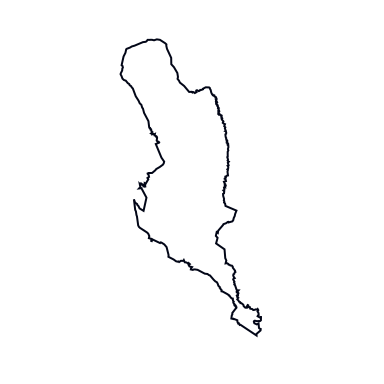 the district of Arbore, Suceava, Romania, rotated 64°
{"feature_id": "2599482B94816756597949", "entity_name": "Arbore", "entity_type": "district", "adm_level": 2, "iso_a3": "ROU", "parent_name": "Romania", "parent_adm1": "Suceava", "projection": "robinson", "projection_center": [25.905, 47.743], "detail": "fine", "context": "isolated", "style": "outline", "palette": "ink", "viewbox_px": 384, "rotation_deg": 64, "n_neighbors": 0, "source": "geoboundaries", "source_scale": "gbopen_adm2", "svg_char_len": 6089}
<svg xmlns="http://www.w3.org/2000/svg" viewBox="0 0 384 384"><g transform="rotate(64 192 192)"><path d="M230.4,239.0L238.4,240.7L239.9,241.6L244.6,238.1L247.3,236.7L248.3,235.5L248.5,234.6L249.3,234.3L249.0,232.1L250.1,230.0L249.6,229.2L252.0,229.3L252.9,227.9L255.0,226.5L254.6,226.1L255.8,225.6L256.0,227.0L257.8,226.9L259.5,224.9L260.2,226.3L261.1,227.0L262.4,225.4L262.4,224.4L262.8,223.4L264.4,221.1L271.0,216.3L272.5,214.0L274.0,213.3L274.9,212.4L280.3,211.0L282.6,210.2L284.0,209.2L285.6,209.1L287.9,209.4L289.6,208.7L290.3,209.1L291.1,208.7L292.0,208.9L293.2,208.4L294.2,209.0L294.9,208.1L299.7,204.7L301.4,204.1L301.4,203.8L304.1,203.4L304.8,202.8L306.1,202.5L306.1,202.2L307.6,202.8L308.8,202.6L308.9,203.0L309.6,203.4L311.1,203.1L311.7,203.4L311.9,203.0L312.7,203.3L312.9,202.8L313.4,203.0L313.8,202.6L314.3,203.0L315.0,202.6L315.2,203.0L315.7,203.1L316.1,204.2L318.4,208.8L319.7,209.4L320.3,210.3L323.0,212.1L324.4,210.4L324.2,210.2L327.1,207.5L328.7,208.1L330.5,208.1L330.5,207.5L332.4,207.4L332.5,206.7L349.3,196.9L347.8,196.2L346.5,191.1L345.7,190.6L345.3,190.3L344.4,191.1L343.6,191.4L339.3,189.8L339.4,191.8L337.3,193.5L335.7,193.3L335.3,193.0L335.2,192.0L336.4,190.5L337.6,187.9L337.8,187.2L337.5,186.3L334.6,184.8L334.4,185.1L334.6,186.0L332.4,187.5L332.0,187.0L332.2,186.4L332.0,186.1L330.0,185.3L328.0,185.5L327.6,185.1L327.5,184.4L327.1,184.2L326.0,184.3L326.2,184.7L325.4,186.3L325.4,187.2L324.9,188.7L323.7,189.1L322.4,190.8L320.8,190.5L320.0,191.7L318.5,191.1L318.0,191.5L319.3,193.4L319.7,193.0L320.1,193.1L319.7,194.3L319.0,195.0L317.1,195.6L316.1,195.3L315.3,195.5L313.5,196.4L313.1,197.2L312.1,197.0L311.2,197.8L309.8,197.8L308.4,198.4L307.3,196.9L306.1,197.4L305.9,197.3L306.2,196.9L304.7,197.1L304.6,196.8L305.0,196.5L305.0,195.9L304.0,195.4L303.3,194.6L302.3,194.9L302.3,195.5L301.9,195.8L301.2,195.6L300.9,194.9L301.1,194.0L300.8,193.3L300.2,194.4L299.5,194.8L294.9,194.2L293.7,194.5L293.4,193.9L291.6,193.8L291.3,193.2L288.6,193.3L288.0,192.5L288.1,191.4L286.2,191.7L285.0,191.5L284.1,190.8L284.1,189.9L282.8,188.7L282.9,188.1L281.6,187.8L277.9,188.5L276.9,188.1L275.7,188.4L274.8,189.8L273.9,190.1L273.3,191.0L272.4,191.0L271.3,191.8L270.9,193.1L268.6,191.2L266.0,191.1L257.8,187.9L248.8,192.9L244.4,189.1L241.9,189.8L238.9,187.4L240.1,186.7L238.3,185.5L235.3,178.6L234.7,177.8L235.0,175.1L234.6,173.0L234.8,172.4L235.4,172.4L236.1,168.6L235.4,167.3L233.6,165.8L232.4,164.2L230.7,162.9L228.2,160.2L219.2,168.0L216.8,167.3L215.5,167.8L214.5,167.0L213.5,167.1L212.3,166.2L209.2,165.7L207.3,164.9L207.2,163.8L205.6,162.8L204.4,163.1L204.5,162.2L204.3,161.9L202.1,161.3L202.2,160.8L201.5,160.3L202.0,160.0L200.9,159.6L201.3,159.2L201.2,158.9L199.8,158.7L199.6,159.3L198.7,158.9L196.8,158.8L197.1,156.7L195.4,156.3L194.4,156.9L194.1,156.6L193.9,155.3L192.8,155.2L192.9,154.4L192.6,153.7L192.9,152.4L189.3,151.2L187.9,150.0L187.1,150.3L186.7,149.2L185.4,148.4L184.0,148.5L184.0,147.4L181.4,147.0L180.9,145.7L180.4,146.1L179.3,146.2L178.9,145.5L178.2,145.3L176.1,145.0L175.9,144.4L171.5,142.3L170.5,141.1L169.1,140.9L167.8,139.7L166.2,139.0L165.6,138.8L165.3,139.3L164.6,139.1L164.3,138.5L163.3,139.0L163.3,138.5L163.0,138.4L161.6,138.5L161.7,138.0L161.4,137.8L159.3,138.1L158.5,137.6L157.8,137.7L156.3,137.3L154.8,136.7L154.6,135.8L153.6,135.2L152.4,135.0L151.9,135.4L151.8,134.8L149.3,134.6L148.5,133.7L147.0,134.2L145.5,132.6L144.5,133.5L143.3,134.0L142.3,132.8L140.0,133.4L139.1,133.3L138.8,133.2L139.3,132.8L139.1,132.5L137.7,132.6L136.3,131.8L135.7,132.2L135.7,132.7L134.6,132.9L134.4,133.9L133.4,134.2L133.0,133.3L132.4,133.6L131.1,133.0L131.7,132.6L131.6,132.2L130.5,131.9L130.0,132.1L129.1,131.7L128.1,132.0L127.8,131.8L127.9,131.2L126.0,131.5L125.8,131.0L125.1,130.9L124.7,131.0L124.8,131.4L123.5,131.7L122.2,131.2L122.0,130.7L122.6,130.6L122.5,130.2L121.4,130.2L120.9,130.7L120.5,130.4L120.8,130.1L119.6,130.1L119.6,129.5L119.3,129.1L118.6,129.0L117.9,129.4L117.8,129.0L116.9,129.0L115.8,129.9L115.1,129.7L115.1,130.1L114.2,130.9L113.6,130.6L112.9,131.1L111.1,131.1L108.5,130.5L106.9,130.6L106.3,130.4L105.5,130.8L103.9,133.8L104.0,136.9L104.5,137.1L104.5,137.5L104.2,139.7L103.9,139.9L104.3,140.9L104.3,141.7L102.7,142.9L102.7,143.6L103.1,143.6L103.7,144.4L104.2,144.3L104.3,146.1L103.0,146.7L102.5,147.4L102.8,147.4L102.9,147.9L101.7,148.7L100.8,150.7L93.2,152.6L88.4,154.9L86.2,154.9L84.0,155.4L82.5,154.2L78.6,153.0L71.9,153.5L68.1,154.6L62.3,151.9L52.3,151.7L49.3,151.0L48.1,150.3L46.5,150.9L41.2,154.1L39.4,156.7L39.0,159.6L37.7,161.2L35.8,165.2L36.6,166.8L36.7,167.8L35.8,170.4L35.3,179.5L34.8,182.3L35.0,184.4L34.7,187.9L34.9,188.6L37.7,190.8L40.2,194.1L47.2,199.7L48.3,199.2L49.9,199.6L50.5,200.5L52.2,201.5L54.3,204.2L55.0,204.6L56.8,204.5L59.6,204.8L61.5,204.1L62.9,202.7L66.0,202.0L67.5,201.1L68.7,201.2L70.3,200.3L71.6,200.3L73.0,199.8L81.3,200.6L86.5,200.0L89.4,200.1L91.4,199.3L94.4,199.8L95.4,199.5L99.9,200.4L109.2,200.1L115.0,202.1L116.0,202.1L116.2,201.6L117.7,201.9L117.9,201.3L119.8,201.8L120.7,201.4L120.9,202.2L121.4,202.4L121.5,203.0L122.3,202.3L122.7,202.5L122.9,201.2L123.6,200.5L123.6,200.0L124.7,200.9L125.5,200.2L126.7,200.0L126.6,199.5L127.2,199.4L128.0,199.6L130.3,201.2L131.6,200.9L132.0,200.1L132.8,199.6L132.5,199.2L133.2,199.9L133.0,203.5L147.7,204.4L152.5,203.7L153.9,204.9L154.7,206.2L155.4,210.1L155.7,214.1L156.4,215.5L157.4,219.5L155.9,222.7L155.9,223.3L156.3,223.1L156.9,223.4L156.9,223.7L157.7,223.5L159.6,224.0L159.9,225.9L161.4,225.7L164.2,229.9L163.4,230.5L166.6,231.6L166.5,232.0L165.9,231.9L165.2,232.4L165.4,233.1L164.7,233.0L164.2,232.1L163.7,232.9L164.1,233.2L164.0,233.5L163.5,233.8L163.0,233.5L161.8,234.1L161.7,234.6L162.8,235.3L162.1,235.5L165.0,236.3L165.6,237.1L165.4,237.5L165.6,238.0L166.4,235.8L177.1,235.4L187.7,243.8L183.8,246.3L181.1,246.3L179.8,246.8L178.8,246.6L176.6,247.8L173.1,247.4L183.2,250.9L184.8,250.9L188.3,252.0L189.9,252.2L198.4,255.0L200.0,255.0L201.4,254.5L208.6,250.2L210.2,249.6L212.9,249.7L214.6,251.0L216.3,249.0L218.1,250.1L218.5,249.7L217.2,248.4L223.9,243.1L223.6,242.1L224.3,241.5L226.9,239.9L230.4,239.0Z" fill="none" stroke="#020617" stroke-width="2"/></g></svg>